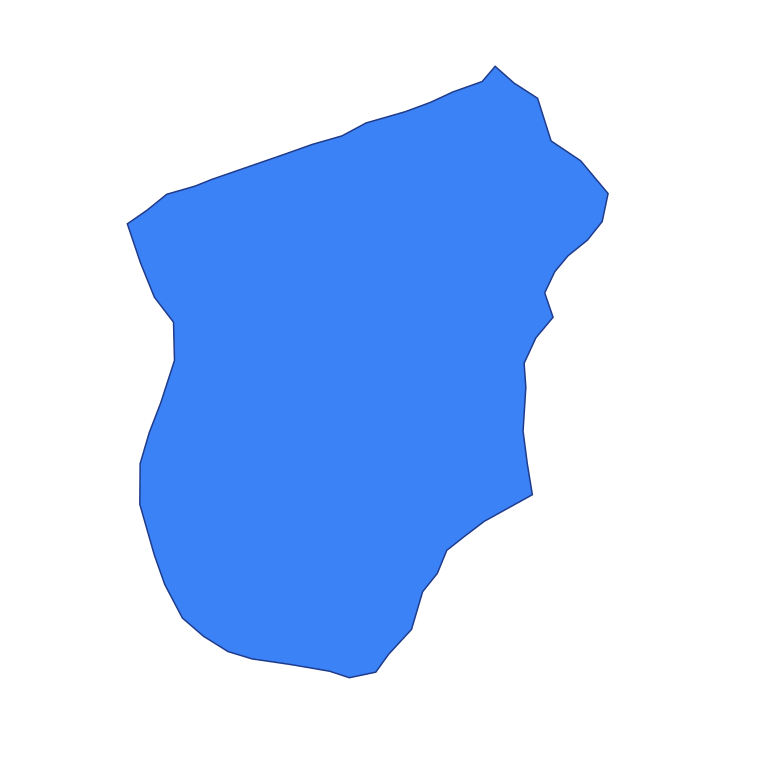 the district of Frenaros, Famagusta, Cyprus, rotated 74°
{"feature_id": "46923920B91201368298630", "entity_name": "Frenaros", "entity_type": "district", "adm_level": 2, "iso_a3": "CYP", "parent_name": "Cyprus", "parent_adm1": "Famagusta", "projection": "robinson", "projection_center": [33.902, 35.055], "detail": "fine", "context": "isolated", "style": "filled", "palette": "blue", "viewbox_px": 768, "rotation_deg": 74, "n_neighbors": 0, "source": "geoboundaries", "source_scale": "gbopen_adm2", "svg_char_len": 854}
<svg xmlns="http://www.w3.org/2000/svg" viewBox="0 0 768 768"><g transform="rotate(74 384 384)"><path d="M656.8,498.2L658.7,471.3L645.1,454.1L627.5,425.2L594.3,404.1L580.7,384.9L561.2,369.5L553.3,350.3L543.6,325.4L531.3,271.9L500.0,268.2L467.6,263.3L426.4,248.6L402.7,243.6L381.4,225.2L366.5,203.1L340.7,204.4L323.2,189.0L311.5,171.8L301.7,148.7L288.0,129.5L262.7,116.1L223.7,133.4L196.4,156.4L151.7,157.6L130.5,176.1L109.3,189.6L120.3,206.3L122.2,237.0L126.1,262.0L128.1,288.9L128.1,329.2L133.9,356.1L133.9,386.8L135.9,419.5L139.8,492.5L141.7,511.7L141.7,540.5L151.5,563.6L159.3,586.6L200.2,584.7L237.3,580.8L266.6,569.3L303.6,578.9L340.7,603.9L366.1,623.1L393.4,640.4L432.4,651.9L485.1,651.9L516.3,650.0L553.4,642.3L576.8,627.0L598.2,607.7L611.9,586.6L627.5,552.0L645.1,515.5L656.8,498.2Z" fill="#3b82f6" stroke="#1e3a8a" stroke-width="1.5"/></g></svg>